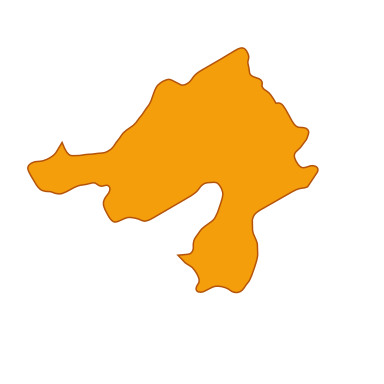 Jamao al Norte, Espaillat, Dominican Republic, rotated 60°
{"feature_id": "3306468B95520457943603", "entity_name": "Jamao al Norte", "entity_type": "district", "adm_level": 2, "iso_a3": "DOM", "parent_name": "Dominican Republic", "parent_adm1": "Espaillat", "projection": "natural_earth1", "projection_center": [-70.445, 19.588], "detail": "fine", "context": "isolated", "style": "filled", "palette": "amber", "viewbox_px": 384, "rotation_deg": 60, "n_neighbors": 0, "source": "geoboundaries", "source_scale": "gbopen_adm2", "svg_char_len": 3727}
<svg xmlns="http://www.w3.org/2000/svg" viewBox="0 0 384 384"><g transform="rotate(60 192 192)"><path d="M245.3,89.3L237.5,73.6L236.2,72.1L235.3,71.6L234.4,71.4L233.4,71.4L232.4,71.7L231.4,72.3L229.8,73.9L228.6,76.1L227.6,80.8L226.8,83.1L226.2,84.1L225.3,84.9L224.3,85.5L223.2,85.9L220.8,86.4L217.1,86.5L213.5,86.0L211.3,85.0L210.4,84.2L209.7,83.1L209.2,82.0L207.7,75.8L203.8,66.8L202.7,65.2L199.9,62.1L198.5,61.0L197.7,60.7L195.8,60.6L193.9,61.4L193.1,62.1L191.6,63.8L189.4,67.1L188.7,67.9L186.8,69.0L184.6,69.6L180.9,69.9L167.7,69.6L162.8,69.9L160.6,70.5L158.8,71.7L157.8,73.2L157.2,74.9L152.5,74.9L147.8,75.2L144.5,75.8L142.5,76.6L139.1,78.2L137.3,78.6L135.6,78.5L134.9,78.2L133.1,76.9L131.7,76.3L130.0,76.3L129.1,76.5L127.3,77.4L123.2,80.9L121.4,82.1L119.5,82.8L117.7,82.6L113.3,80.8L108.4,79.2L106.8,78.3L104.9,76.4L103.4,75.3L102.4,74.9L100.2,74.4L96.8,74.2L94.7,74.7L93.7,75.2L92.7,76.0L92.0,77.0L91.6,78.1L91.1,80.5L91.0,84.4L91.3,101.4L91.3,119.9L91.4,125.5L91.7,128.2L92.2,130.9L93.0,133.2L94.8,137.2L95.5,139.4L95.7,141.7L95.6,144.1L95.0,146.2L94.5,147.1L93.8,147.9L84.9,153.7L83.4,155.0L82.7,156.1L82.3,157.2L81.8,159.7L81.6,162.3L81.8,165.1L82.3,167.8L82.7,169.1L84.0,171.5L86.3,174.6L92.3,181.6L93.8,183.7L95.1,185.9L97.0,190.3L100.0,196.4L101.7,200.9L104.0,206.1L105.0,209.8L105.7,218.0L106.5,222.0L107.4,224.2L109.3,228.2L111.1,232.7L113.1,236.7L113.9,238.8L114.5,241.2L114.6,245.0L114.3,247.5L113.6,249.7L111.2,254.8L109.4,259.2L106.4,265.3L104.3,270.8L101.3,276.5L100.2,278.2L99.5,279.0L97.7,280.0L94.6,280.6L90.1,280.5L84.1,279.7L90.0,290.4L90.8,292.9L91.2,295.6L91.3,298.4L91.2,301.2L90.5,305.3L89.7,307.6L87.4,312.5L86.9,314.7L86.7,317.0L86.8,318.1L87.4,320.3L88.1,321.3L89.0,322.1L90.0,322.6L92.1,323.1L96.9,323.4L108.3,323.2L110.8,322.9L113.2,322.3L114.4,321.8L116.1,320.7L118.3,318.4L121.1,314.2L124.8,311.1L126.8,308.6L127.9,306.7L128.3,305.4L128.7,302.8L129.0,300.1L129.2,291.8L129.7,287.8L130.3,285.4L132.4,280.2L134.3,273.7L135.3,272.0L136.0,271.3L139.9,269.3L141.2,268.2L142.1,266.7L143.1,263.3L143.5,262.5L144.1,261.8L145.0,261.3L145.9,261.0L146.8,261.0L147.8,261.3L149.4,262.3L151.2,264.6L153.4,269.7L154.5,271.5L155.9,273.2L156.8,273.9L158.8,275.1L161.1,275.7L163.5,276.1L167.1,276.3L171.9,276.4L174.2,276.2L176.4,275.8L178.4,274.9L179.2,274.1L179.8,273.1L180.5,270.9L181.3,263.3L181.9,260.7L182.4,259.5L183.7,257.4L186.0,254.5L188.5,252.0L191.8,249.5L193.2,248.1L193.8,247.1L194.5,244.7L194.9,242.2L195.0,238.0L194.8,194.8L194.4,190.6L194.0,187.9L193.2,185.6L191.9,182.6L191.2,180.6L190.9,178.2L190.9,177.0L191.1,175.8L191.8,173.7L194.6,168.1L195.9,166.4L196.9,165.7L197.9,165.3L200.2,164.8L203.8,164.8L207.4,165.5L209.7,166.6L212.7,169.1L217.2,174.0L222.5,180.1L225.5,184.5L226.7,186.9L227.3,189.6L228.1,197.8L228.8,201.8L229.6,204.0L232.9,211.3L234.0,213.3L235.4,215.0L237.8,217.0L240.4,218.4L242.0,219.5L243.3,220.9L244.2,222.7L244.4,223.7L244.4,224.8L243.9,226.7L239.7,235.8L249.8,233.3L251.8,232.4L255.5,230.4L257.6,229.5L261.2,228.9L264.8,228.7L268.4,228.9L270.7,229.4L271.7,229.8L273.5,230.9L274.0,231.6L275.8,234.8L277.0,236.2L277.6,236.7L278.4,237.1L279.4,237.3L280.3,237.2L281.2,236.8L281.9,236.2L283.1,234.6L283.9,232.6L284.2,230.2L284.5,224.1L284.7,221.5L285.3,219.1L286.4,216.8L288.6,213.8L291.2,211.2L294.1,209.1L297.9,207.3L299.6,206.0L300.3,205.2L301.5,203.4L301.9,202.4L302.4,200.0L302.1,197.6L301.4,195.5L299.5,191.6L297.7,187.2L296.3,185.0L293.9,181.8L288.6,175.6L284.1,170.7L281.2,168.0L279.2,166.5L269.7,161.4L266.4,160.6L258.5,159.7L255.4,158.7L247.0,154.1L246.1,153.5L244.6,151.9L243.3,150.1L242.8,149.0L242.1,146.5L241.7,142.5L241.9,105.0L242.1,101.0L242.5,98.4L243.2,96.1L244.7,92.3L245.0,91.0L245.3,89.3Z" fill="#f59e0b" stroke="#b45309" stroke-width="1.5"/></g></svg>